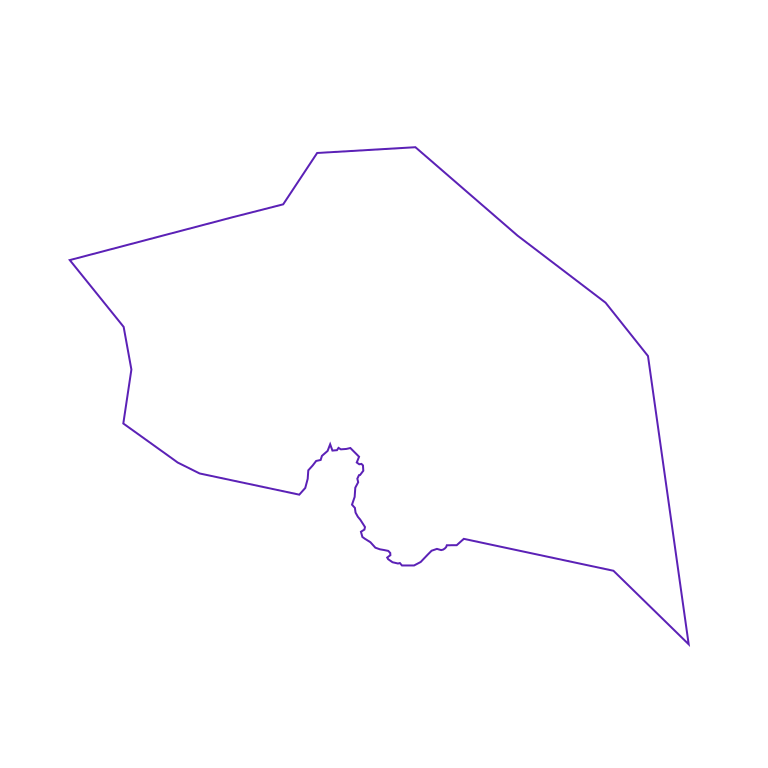 the district of San Juan Lajarcia, Oaxaca, Mexico, rotated 4°
{"feature_id": "50627088B50944578891285", "entity_name": "San Juan Lajarcia", "entity_type": "district", "adm_level": 2, "iso_a3": "MEX", "parent_name": "Mexico", "parent_adm1": "Oaxaca", "projection": "mercator", "projection_center": [-95.925, 16.508], "detail": "fine", "context": "isolated", "style": "outline", "palette": "violet", "viewbox_px": 768, "rotation_deg": 4, "n_neighbors": 0, "source": "geoboundaries", "source_scale": "gbopen_adm2", "svg_char_len": 1135}
<svg xmlns="http://www.w3.org/2000/svg" viewBox="0 0 768 768"><g transform="rotate(4 384 384)"><path d="M301.2,158.2L270.9,211.8L221.6,228.1L61.9,282.3L120.3,345.2L131.0,387.2L126.7,441.6L179.8,474.3L183.6,476.7L206.3,486.1L307.2,500.3L312.7,493.2L314.5,483.9L314.5,475.4L318.5,470.3L321.7,465.5L326.1,464.2L327.1,460.0L332.4,454.7L334.5,447.9L337.2,454.0L341.7,453.3L343.1,450.9L345.5,452.2L351.0,451.4L354.9,450.2L364.2,458.3L362.3,464.2L364.9,465.8L367.1,465.3L368.7,466.7L369.4,472.0L366.5,476.4L365.4,476.7L364.0,480.3L365.1,483.8L362.6,489.4L362.6,498.7L360.5,506.6L361.8,507.9L363.6,509.6L364.6,514.3L367.2,518.3L369.8,521.0L375.0,528.0L374.6,530.6L371.3,533.0L373.1,538.1L375.7,539.7L381.5,542.8L386.8,547.9L391.5,549.2L395.5,549.6L399.9,550.2L402.0,552.1L402.3,554.3L399.3,556.9L400.4,558.5L404.9,561.2L410.5,562.1L412.3,561.5L414.6,563.8L426.7,562.9L433.0,559.0L439.3,551.4L443.1,547.0L448.3,544.8L452.6,545.7L454.5,545.1L456.1,543.9L457.4,542.3L457.9,540.5L467.8,539.7L474.4,532.9L625.9,554.3L706.1,622.4L645.4,337.7L599.3,287.4L506.9,226.7L398.8,145.6L301.2,158.2Z" fill="none" stroke="#5b21b6" stroke-width="2"/></g></svg>